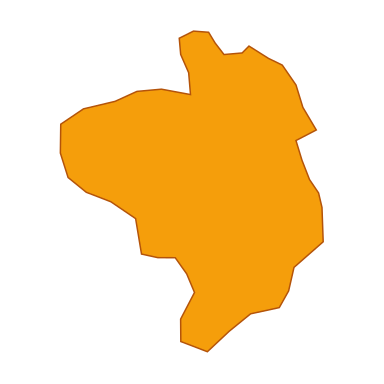 outline of Seoul, rotated 266°
{"feature_id": "KOR-2497", "entity_name": "Seoul", "entity_type": "Capital Metropolitan City", "adm_level": 1, "iso_a3": "KOR", "parent_name": "South Korea", "parent_adm1": "", "projection": "mercator", "projection_center": [127.023, 37.556], "detail": "fine", "context": "isolated", "style": "filled", "palette": "amber", "viewbox_px": 384, "rotation_deg": 266, "n_neighbors": 0, "source": "natural_earth", "source_scale": "10m", "svg_char_len": 697}
<svg xmlns="http://www.w3.org/2000/svg" viewBox="0 0 384 384"><g transform="rotate(266 192 192)"><path d="M240.0,63.4L268.8,65.8L282.5,89.5L287.8,121.6L296.2,144.1L296.7,168.7L289.3,197.3L311.2,197.0L330.0,190.3L346.3,190.0L352.4,204.7L350.2,219.7L339.1,225.4L326.9,233.5L327.2,251.7L333.6,259.0L319.9,277.7L312.3,290.9L291.5,303.2L268.7,308.5L245.2,320.3L236.1,299.3L216.1,303.9L196.2,310.1L182.2,318.2L167.5,320.6L133.2,319.4L109.7,288.5L86.6,281.5L70.6,271.0L66.4,242.0L50.5,219.4L31.6,196.2L43.6,170.4L66.0,171.8L91.6,187.5L110.7,181.0L127.6,170.7L128.9,153.3L133.6,137.3L169.4,133.9L187.9,110.4L199.1,86.5L215.1,69.4L240.0,63.4Z" fill="#f59e0b" stroke="#b45309" stroke-width="1.5"/></g></svg>